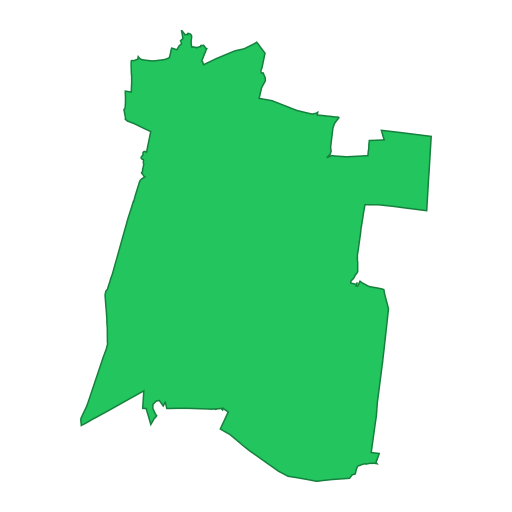 San Francisco del Rincón, Guanajuato, Mexico
{"feature_id": "50627088B79683891073354", "entity_name": "San Francisco del Rincón", "entity_type": "district", "adm_level": 2, "iso_a3": "MEX", "parent_name": "Mexico", "parent_adm1": "Guanajuato", "projection": "robinson", "projection_center": [-101.791, 20.925], "detail": "fine", "context": "isolated", "style": "filled", "palette": "green", "viewbox_px": 512, "rotation_deg": 0, "n_neighbors": 0, "source": "geoboundaries", "source_scale": "gbopen_adm2", "svg_char_len": 5831}
<svg xmlns="http://www.w3.org/2000/svg" viewBox="0 0 512 512"><path d="M81.3,425.5L82.4,424.8L82.8,424.7L83.1,424.6L87.2,422.4L93.7,418.6L95.4,417.8L99.7,415.4L106.6,411.7L130.6,398.2L143.8,390.9L142.7,408.4L146.1,408.5L148.7,417.1L150.8,424.5L153.4,420.0L154.2,418.4L155.4,417.6L155.9,416.7L156.7,415.8L155.3,413.8L152.8,408.3L153.0,404.4L156.3,400.9L156.6,401.0L159.3,400.5L162.4,404.8L163.2,406.0L165.0,402.5L165.2,402.3L165.8,404.4L166.8,408.5L169.3,408.5L172.9,408.4L178.2,408.3L182.1,408.3L187.7,408.3L195.6,408.6L202.6,408.8L208.2,409.0L211.8,409.2L214.7,408.9L215.4,409.4L215.9,409.3L215.5,408.9L221.5,408.5L221.6,409.0L222.6,410.0L223.0,408.2L224.2,409.2L228.2,412.0L220.3,429.0L226.3,432.5L226.9,432.8L228.7,433.8L230.0,434.6L239.8,442.8L243.1,445.6L247.9,449.5L249.4,450.6L250.2,451.2L278.6,471.3L288.1,476.3L295.9,477.5L307.8,479.6L313.5,480.7L316.5,481.3L317.9,481.2L322.0,480.6L332.5,479.5L349.5,478.3L352.3,474.7L354.9,474.2L355.2,473.9L355.7,472.3L356.2,469.7L357.1,467.3L357.6,466.3L358.4,465.8L360.0,465.4L360.5,465.1L363.6,464.0L366.1,463.9L366.3,463.8L366.4,464.0L366.6,463.8L368.0,463.8L369.1,463.4L369.9,463.3L370.8,463.4L372.0,463.3L374.5,463.3L377.0,463.7L376.0,462.5L376.8,459.9L377.0,459.9L377.1,459.5L379.2,453.5L371.2,452.5L374.3,430.4L375.2,423.6L375.5,421.9L376.4,415.6L377.3,403.0L382.1,365.7L382.3,364.0L382.6,362.5L382.7,360.8L384.3,347.1L386.2,329.7L386.8,324.3L388.5,308.8L384.4,293.1L384.3,291.8L383.8,289.6L382.2,289.0L379.0,288.3L372.9,287.2L372.1,287.1L368.8,286.4L361.9,282.7L360.0,281.2L357.7,286.2L356.0,285.9L357.0,283.5L357.2,282.5L357.0,282.8L357.0,283.1L356.4,284.4L352.3,283.4L350.7,283.0L350.9,281.3L351.7,280.2L352.5,279.5L353.6,278.3L354.6,276.5L355.0,275.6L355.2,275.2L355.5,274.9L356.3,273.9L357.1,272.8L357.7,271.6L357.7,262.1L357.4,260.4L357.4,255.1L357.8,252.5L358.4,249.0L358.5,247.9L359.2,242.7L359.7,239.5L359.8,238.3L360.1,236.6L360.7,232.1L360.9,230.2L360.8,229.8L361.1,228.2L362.2,221.4L362.9,217.1L363.3,214.4L363.8,211.1L364.1,209.8L364.8,205.5L365.0,204.7L371.0,204.8L378.7,204.8L394.4,206.5L403.1,207.7L426.7,210.7L428.8,174.8L428.9,174.7L431.2,136.4L401.0,132.6L381.4,130.3L381.5,130.6L381.7,131.3L381.8,131.9L382.5,134.1L382.7,135.0L384.2,139.9L381.5,140.0L375.3,140.3L369.3,140.5L368.8,145.2L368.9,146.5L368.7,148.2L368.6,149.6L368.5,150.3L368.3,151.0L367.9,155.7L346.3,156.8L333.8,155.9L331.9,155.6L331.5,155.6L328.3,157.0L326.8,157.7L330.0,154.4L330.5,153.6L330.8,152.1L331.1,151.2L331.1,150.9L331.0,150.6L331.0,150.2L330.9,149.8L330.9,149.2L330.7,148.3L330.6,147.5L331.2,142.2L332.8,129.1L333.0,127.8L333.1,127.3L333.3,127.0L333.4,126.6L333.7,126.0L334.1,124.6L334.9,122.9L338.9,117.7L338.7,117.3L338.0,117.2L337.1,117.0L335.4,117.0L330.1,116.3L328.0,116.2L322.7,115.5L317.2,115.1L317.7,112.3L316.4,113.1L314.8,113.6L314.1,113.6L313.1,113.9L312.7,114.2L305.7,112.6L297.5,110.6L295.4,109.9L272.0,100.7L266.7,99.7L259.1,98.4L261.6,87.8L262.0,86.9L264.4,82.6L264.7,82.0L265.4,80.6L265.2,77.6L263.0,72.8L261.7,73.2L261.2,72.6L261.1,72.3L260.8,70.7L261.8,68.4L261.9,68.1L263.0,63.0L263.1,62.3L263.9,58.6L265.0,53.2L259.2,45.5L259.0,45.1L257.0,42.6L256.7,42.2L253.8,44.0L244.9,48.4L244.0,48.8L242.9,49.1L240.9,49.5L235.9,50.6L234.0,51.2L222.0,56.2L216.3,58.6L203.6,64.7L202.7,62.0L202.4,61.5L201.7,61.0L203.4,56.9L203.5,56.5L204.7,53.4L205.4,52.2L205.6,51.2L206.2,49.7L206.8,48.7L205.9,48.3L204.5,46.4L204.1,45.9L203.7,45.4L203.5,45.7L202.4,45.4L200.9,45.5L200.5,46.7L200.2,46.6L198.9,46.9L197.2,47.6L196.2,47.8L196.0,47.3L195.7,47.4L193.5,47.0L193.3,46.8L192.9,46.8L192.5,46.8L192.4,47.1L191.7,47.0L191.6,46.9L191.3,44.1L191.1,42.2L191.2,40.7L191.5,38.4L191.7,36.3L191.4,35.5L190.9,34.5L190.6,34.2L189.5,33.7L188.0,33.3L187.8,33.5L187.6,34.5L187.5,34.4L186.2,34.5L185.0,34.7L184.4,33.8L183.4,32.6L182.6,31.5L182.3,31.1L181.8,30.7L181.5,30.8L182.2,34.1L182.8,37.6L182.8,38.2L182.7,38.6L182.6,38.9L182.4,39.1L180.5,40.7L180.9,41.4L181.5,44.1L180.8,44.6L179.4,45.5L177.6,48.5L176.7,49.8L174.4,48.9L171.6,48.1L170.8,51.2L170.8,51.7L170.8,52.0L169.5,57.0L169.6,57.4L169.1,57.7L168.1,58.2L166.9,58.8L165.0,59.4L163.7,59.7L154.2,60.9L152.6,60.9L151.6,60.9L144.0,60.0L142.5,59.8L141.9,59.6L141.2,59.3L140.2,58.8L139.4,58.1L139.0,57.7L138.2,56.6L138.0,57.3L138.2,58.9L137.1,59.4L134.8,60.3L133.8,60.7L132.1,60.5L131.4,60.6L131.1,63.0L131.2,69.3L131.4,73.9L131.7,77.1L131.6,79.4L131.7,79.5L131.6,84.1L131.5,85.6L131.3,90.3L131.3,92.0L127.0,91.4L126.9,91.3L125.3,91.1L125.3,93.4L125.5,98.4L125.4,103.1L125.1,108.1L125.0,108.3L123.9,109.6L125.1,115.7L125.5,118.1L125.4,118.5L125.2,119.2L126.7,120.4L127.6,120.9L127.5,121.1L134.3,123.7L141.9,127.4L145.0,128.9L150.7,131.5L148.9,140.6L147.4,147.8L147.2,149.2L146.5,152.2L146.0,151.8L145.5,151.6L145.2,151.5L144.6,151.5L144.2,151.5L143.5,151.9L143.2,152.4L143.0,152.7L143.0,152.9L143.0,154.4L142.8,154.8L142.7,155.1L142.6,155.4L142.2,155.9L141.8,156.3L141.5,156.6L141.1,157.5L141.1,158.0L142.0,159.1L142.3,159.3L143.0,159.4L143.3,159.5L143.5,159.8L143.6,160.4L143.4,161.2L143.3,162.4L143.4,163.3L143.7,164.0L143.8,164.3L143.7,164.7L143.7,164.9L143.4,165.6L143.3,166.2L143.2,167.5L142.8,168.4L142.7,169.1L142.5,169.8L142.5,170.2L142.6,171.2L142.5,171.5L142.4,171.9L142.0,172.2L141.7,172.3L141.6,172.5L141.5,173.0L141.7,173.3L142.9,174.5L143.8,176.0L144.3,176.6L144.5,176.7L144.9,176.9L141.7,178.9L140.9,179.6L140.5,180.0L140.2,180.5L139.7,181.5L139.4,182.2L135.4,195.1L134.6,198.0L133.7,201.6L133.4,201.4L130.9,209.3L127.7,219.3L126.8,222.6L112.5,273.6L112.1,274.8L110.5,279.2L109.9,281.5L108.1,287.0L107.4,289.4L106.2,290.5L105.7,291.7L105.1,294.7L105.1,295.9L105.9,306.8L106.3,310.9L107.0,321.0L106.8,321.2L107.3,328.3L107.3,329.7L107.4,341.9L107.6,344.5L107.3,345.0L106.8,346.7L106.5,348.5L103.3,357.0L88.2,402.0L86.6,406.4L81.2,417.8L80.9,418.8L80.8,420.1L81.3,425.5Z" fill="#22c55e" stroke="#15803d" stroke-width="1.5"/></svg>